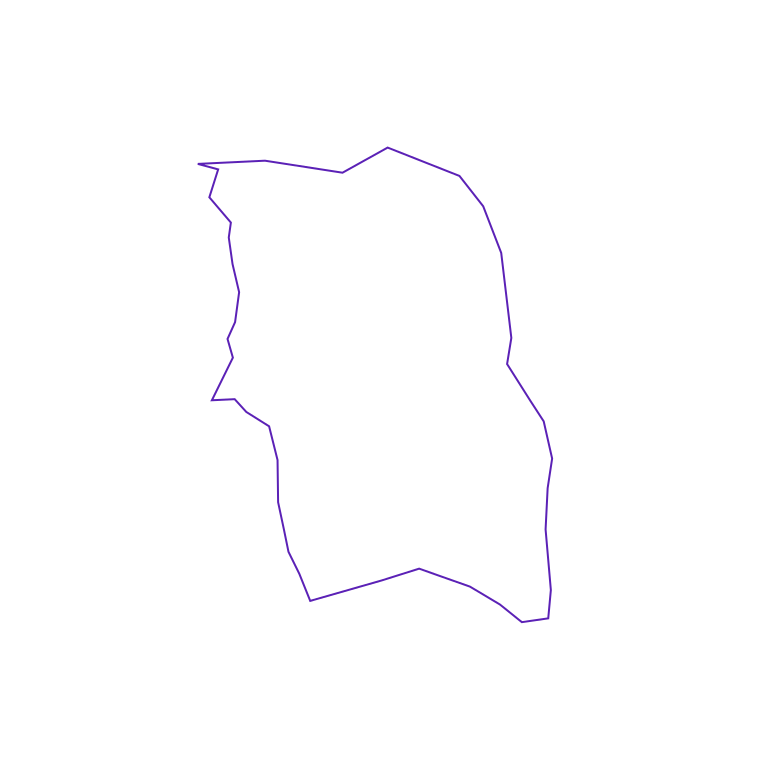 Angolemi, Cyprus (Natural Earth projection), rotated 327°
{"feature_id": "46923920B8588599925202", "entity_name": "Angolemi", "entity_type": "district", "adm_level": 2, "iso_a3": "CYP", "parent_name": "Cyprus", "parent_adm1": "", "projection": "natural_earth1", "projection_center": [32.945, 35.116], "detail": "fine", "context": "isolated", "style": "outline", "palette": "violet", "viewbox_px": 768, "rotation_deg": 327, "n_neighbors": 0, "source": "geoboundaries", "source_scale": "gbopen_adm2", "svg_char_len": 669}
<svg xmlns="http://www.w3.org/2000/svg" viewBox="0 0 768 768"><g transform="rotate(327 384 384)"><path d="M204.0,525.7L275.1,547.5L312.9,558.0L327.4,576.9L345.7,600.7L361.1,632.0L369.9,658.8L394.1,670.0L411.7,647.7L440.3,594.0L464.5,560.5L484.4,538.1L497.6,502.3L497.6,477.8L498.1,434.3L515.9,414.7L553.7,337.9L564.0,289.0L560.6,250.6L515.8,187.7L464.3,184.2L405.8,131.9L347.7,98.0L361.8,113.7L339.2,132.3L343.5,165.2L333.6,176.6L322.3,200.9L312.5,228.1L292.8,251.0L277.3,261.0L271.6,279.6L230.8,303.9L250.5,315.4L253.3,332.5L264.6,356.9L253.3,389.8L230.8,425.5L220.9,451.3L212.5,472.7L209.6,497.1L204.0,525.7Z" fill="none" stroke="#5b21b6" stroke-width="2"/></g></svg>